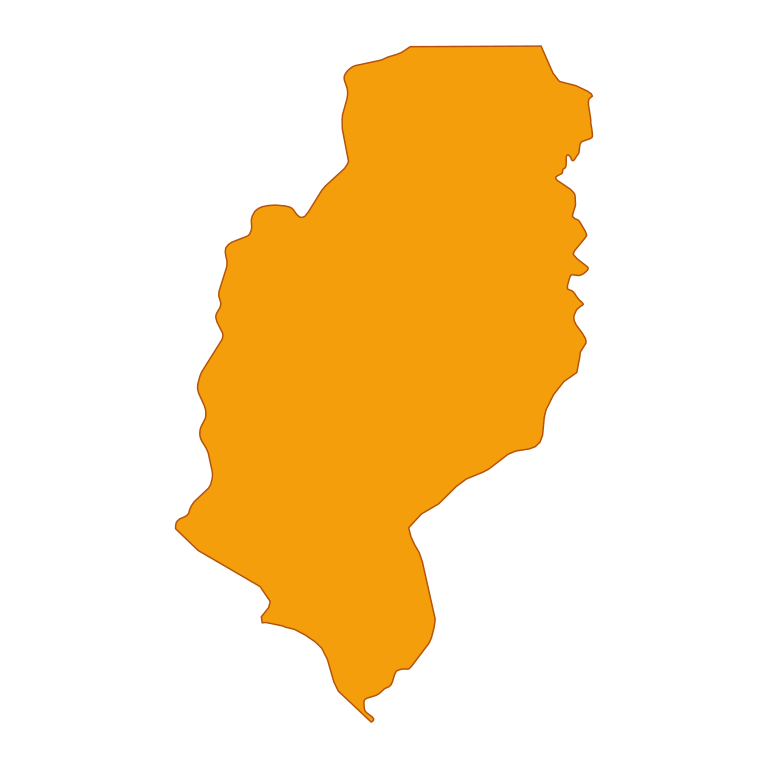 the border of River Cess
{"feature_id": "LBR-792", "entity_name": "River Cess", "entity_type": "County", "adm_level": 1, "iso_a3": "LBR", "parent_name": "Liberia", "parent_adm1": "", "projection": "mercator", "projection_center": [-9.35, 5.813], "detail": "fine", "context": "isolated", "style": "filled", "palette": "amber", "viewbox_px": 768, "rotation_deg": 0, "n_neighbors": 0, "source": "natural_earth", "source_scale": "10m", "svg_char_len": 3835}
<svg xmlns="http://www.w3.org/2000/svg" viewBox="0 0 768 768"><path d="M371.0,721.9L338.4,691.2L333.9,682.0L327.4,659.4L321.8,648.3L315.3,641.9L305.2,635.0L294.3,629.3L285.2,627.1L283.4,626.1L265.9,622.5L262.2,622.8L261.3,616.8L268.7,607.5L270.2,601.5L260.1,586.6L198.2,550.5L175.6,528.8L175.6,528.6L175.6,525.7L176.1,523.2L177.2,521.1L179.6,518.9L183.5,517.3L186.5,515.7L188.6,513.5L189.7,509.5L191.4,505.8L194.2,501.7L208.6,488.1L210.6,484.6L212.2,478.6L212.5,474.9L212.3,471.9L208.2,452.8L206.1,448.0L201.9,441.3L200.8,438.9L200.1,436.6L199.8,433.8L199.9,431.4L200.3,428.9L201.2,426.4L205.1,418.8L205.6,417.2L205.8,415.5L205.8,411.6L205.5,409.5L204.1,405.1L198.7,393.4L197.6,388.9L197.6,386.7L197.8,384.3L199.8,376.5L201.7,371.9L221.9,339.7L222.6,337.6L222.9,335.4L222.6,333.1L217.0,322.0L215.8,317.6L215.9,315.5L216.7,313.1L220.0,307.4L220.7,304.8L220.7,302.4L218.8,296.0L218.8,293.8L219.0,291.4L226.5,267.6L226.9,265.4L227.0,261.3L226.6,259.2L226.0,257.0L225.3,252.5L225.4,250.0L226.0,247.5L228.3,244.7L231.9,242.1L247.7,236.0L249.8,233.8L251.4,229.7L251.7,226.6L251.3,221.1L251.5,218.7L252.3,216.1L253.6,213.5L255.2,210.9L258.2,208.6L261.9,206.8L268.5,205.5L275.7,205.1L284.6,205.9L288.9,206.8L291.2,207.8L293.1,209.4L296.1,213.6L297.8,215.5L299.8,217.1L302.2,217.4L304.8,216.4L308.3,212.0L321.8,190.3L325.5,185.9L344.6,168.4L347.3,164.3L348.5,161.3L342.3,128.9L342.1,119.5L342.5,114.9L346.9,99.1L347.6,94.8L347.5,90.5L347.1,88.4L346.5,86.2L344.9,81.9L344.3,79.7L344.1,77.6L344.5,75.5L345.7,73.3L347.3,71.0L350.2,68.4L352.6,66.7L355.3,65.6L380.1,60.3L383.0,59.3L387.7,57.1L397.0,54.3L401.5,52.5L410.2,46.7L541.1,46.1L553.0,73.2L559.2,81.2L561.1,81.9L575.9,85.7L587.6,91.2L591.3,93.9L592.4,96.1L589.2,98.7L588.4,101.4L588.5,105.1L590.5,117.6L590.8,120.6L590.7,122.0L590.9,124.0L591.5,127.0L592.4,133.9L592.4,135.9L592.2,137.1L591.7,137.6L590.3,138.6L582.1,141.5L580.9,142.6L579.9,144.6L579.1,151.7L578.5,153.7L577.2,155.3L574.6,159.4L573.7,160.4L572.8,160.7L572.1,160.4L571.4,159.4L570.6,157.2L569.3,155.7L568.3,155.0L567.1,155.1L566.4,156.4L566.2,159.1L566.2,164.2L565.8,166.7L564.8,168.2L563.8,168.7L563.0,169.3L562.4,172.4L562.1,173.2L561.4,173.8L558.3,175.3L556.1,176.8L555.7,178.0L556.3,179.4L557.4,180.5L570.3,189.2L573.3,192.2L574.6,194.1L575.1,196.1L575.5,204.6L575.3,206.1L572.9,213.6L572.6,215.3L572.6,216.5L573.0,217.0L574.9,218.6L578.4,220.2L579.9,222.1L585.1,230.9L586.2,233.6L586.7,235.3L585.9,236.8L585.2,237.8L575.0,250.2L573.7,252.5L573.4,253.5L573.4,254.4L574.6,256.0L577.5,259.1L587.6,267.0L588.1,268.0L588.1,269.1L587.3,270.3L585.1,272.5L583.4,273.7L581.4,274.8L579.8,275.3L578.0,275.5L573.2,274.8L571.8,274.8L571.1,275.1L570.6,275.7L569.8,277.3L567.6,285.1L567.4,287.4L567.7,289.0L568.6,289.5L569.6,290.0L570.9,290.4L572.1,290.9L573.2,291.8L574.8,293.7L576.4,296.3L578.5,299.1L579.8,300.4L581.1,301.5L583.0,303.5L583.2,304.5L582.3,305.4L581.0,305.9L576.6,309.7L574.3,314.8L573.8,317.7L574.2,320.6L576.1,324.8L582.5,333.5L585.4,338.5L586.0,341.2L585.9,343.2L580.7,351.5L580.2,352.8L579.6,357.9L576.8,372.5L563.7,381.7L553.5,394.8L546.0,409.9L544.2,417.8L542.6,435.1L540.1,442.0L535.2,446.7L529.3,448.9L515.9,451.0L508.1,454.2L489.0,468.9L483.5,471.9L466.3,479.0L456.3,486.4L438.6,503.9L421.6,513.8L408.7,527.7L410.9,536.6L414.6,544.7L419.1,552.4L422.4,561.9L435.1,618.8L434.9,622.1L434.1,627.5L431.4,637.9L429.0,643.2L411.6,666.2L409.1,668.7L408.2,669.1L407.1,669.2L405.4,668.9L402.8,669.1L400.6,669.4L397.1,670.6L395.5,672.5L394.3,675.4L392.5,681.6L391.1,684.6L389.4,686.5L386.0,688.0L384.3,688.9L380.0,692.9L379.0,693.7L377.7,694.5L375.7,695.5L366.6,698.3L365.1,699.4L364.2,700.7L364.0,702.0L363.9,703.8L364.2,707.4L364.7,709.9L365.1,710.9L365.9,711.9L366.7,712.8L372.2,716.9L373.5,718.6L373.7,719.5L373.3,720.5L372.0,721.8L371.1,721.9L371.0,721.9Z" fill="#f59e0b" stroke="#b45309" stroke-width="1.5"/></svg>